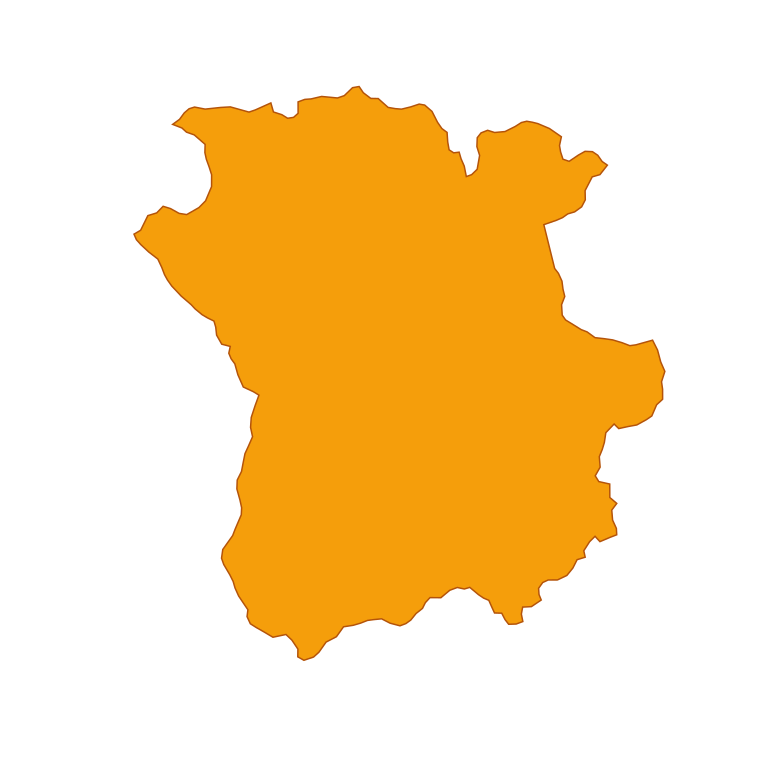 outline of São João da Boa Vista, São Paulo, Brazil, rotated 192°
{"feature_id": "56859067B11847187620015", "entity_name": "São João da Boa Vista", "entity_type": "district", "adm_level": 2, "iso_a3": "BRA", "parent_name": "Brazil", "parent_adm1": "São Paulo", "projection": "natural_earth1", "projection_center": [-46.804, -21.966], "detail": "fine", "context": "isolated", "style": "filled", "palette": "amber", "viewbox_px": 768, "rotation_deg": 192, "n_neighbors": 0, "source": "geoboundaries", "source_scale": "gbopen_adm2", "svg_char_len": 3229}
<svg xmlns="http://www.w3.org/2000/svg" viewBox="0 0 768 768"><g transform="rotate(192 384 384)"><path d="M659.7,478.6L656.2,473.7L650.9,469.8L641.4,464.1L631.2,459.2L625.6,451.8L621.4,445.3L617.5,440.8L612.0,435.7L600.6,427.8L589.1,421.5L584.4,418.2L576.4,414.0L570.5,412.0L563.4,410.2L560.4,404.6L557.9,397.0L551.0,389.2L542.2,388.8L542.2,381.8L538.8,376.9L534.1,372.7L528.8,362.6L521.0,351.8L510.2,349.3L504.0,347.1L505.5,336.6L506.9,323.7L505.5,313.8L501.6,305.1L503.7,295.0L505.5,287.0L505.4,278.1L505.2,268.8L507.6,259.5L506.1,250.8L500.7,240.4L497.5,233.3L496.4,226.4L499.4,211.2L500.5,204.3L507.3,188.6L506.7,179.8L503.2,174.1L495.2,165.4L490.5,159.5L487.3,153.5L482.1,146.4L475.3,139.8L470.2,134.9L469.6,128.0L464.9,121.7L458.2,119.2L449.4,116.4L440.0,113.2L427.8,118.6L420.8,114.3L413.1,106.8L411.6,99.2L404.9,97.1L396.1,102.3L391.9,108.1L387.0,119.5L378.0,126.9L373.1,138.1L363.9,141.6L357.2,145.2L351.0,149.3L345.1,151.4L337.5,153.8L328.3,151.3L318.1,150.8L312.8,154.2L308.7,158.7L304.9,166.2L299.7,172.5L298.1,178.7L294.6,184.6L283.9,186.8L276.8,195.9L270.0,200.2L262.8,200.2L257.8,202.9L247.8,197.6L242.1,195.3L236.5,194.2L232.6,188.8L228.3,183.0L221.2,184.3L216.6,178.7L212.1,174.9L204.8,176.7L198.8,180.5L201.8,187.5L202.0,194.6L193.5,196.9L185.3,205.4L188.6,210.3L190.3,216.3L187.5,222.8L182.7,226.4L173.6,228.4L165.3,234.8L161.0,243.2L158.6,252.3L151.2,256.4L153.9,262.4L150.1,272.5L145.9,278.9L140.0,274.7L131.0,281.0L125.0,284.9L126.7,291.1L132.1,298.4L135.0,308.0L131.5,315.6L139.5,319.9L142.4,333.1L153.6,333.2L158.3,338.1L155.3,347.6L158.3,357.7L156.9,365.4L156.3,372.7L156.9,382.5L150.6,392.7L145.1,389.2L136.5,393.1L128.2,396.5L120.0,403.6L115.4,408.4L113.0,420.4L108.3,427.0L110.4,436.8L113.0,443.9L111.9,454.7L117.9,463.1L123.5,474.1L130.4,482.7L145.7,474.7L151.5,472.6L159.8,473.9L169.5,474.7L178.3,474.1L187.2,473.2L196.2,477.2L202.4,478.2L219.7,484.4L224.0,488.4L226.8,498.5L225.4,507.2L228.6,513.9L231.3,521.6L236.4,528.5L241.1,532.5L260.8,573.1L249.2,580.1L243.9,583.9L239.6,588.6L233.3,592.0L227.5,598.4L225.4,606.0L227.5,615.0L223.4,629.9L216.3,633.7L211.0,644.5L216.9,647.0L222.5,652.2L228.4,654.6L235.7,653.4L241.5,648.3L249.2,640.3L255.7,641.1L259.5,647.7L261.9,653.7L261.9,662.7L275.3,668.3L287.7,670.7L293.3,670.9L299.0,670.7L304.0,668.3L309.3,663.1L318.1,656.1L328.1,653.0L335.4,653.7L341.3,649.8L344.0,644.3L342.5,635.5L338.0,627.5L337.5,613.4L341.8,607.0L346.6,604.0L350.8,613.8L355.5,620.4L358.7,626.4L363.9,624.6L369.0,626.6L372.0,634.0L374.6,643.2L380.5,645.9L386.1,651.2L393.7,660.6L402.2,665.3L407.8,665.1L415.5,660.6L424.0,656.5L430.2,655.7L437.5,655.4L449.0,662.0L456.3,660.6L464.8,664.6L470.2,669.8L476.4,667.3L482.8,657.8L489.0,654.1L496.1,653.3L504.8,652.3L514.6,647.7L520.7,645.9L526.7,642.1L524.3,630.9L527.9,626.0L533.5,623.9L539.9,626.2L548.7,627.1L553.1,635.4L566.9,625.3L572.6,621.9L591.9,623.1L601.1,620.6L616.1,615.7L626.9,615.5L631.9,612.7L635.7,607.7L639.0,600.4L644.7,594.0L634.9,592.4L629.6,589.3L621.4,588.2L608.8,581.2L607.3,573.1L604.5,566.9L600.2,560.0L596.1,552.8L593.7,541.2L596.6,526.1L601.7,518.1L612.2,508.7L619.9,508.3L629.3,511.2L637.0,511.9L641.9,504.1L650.0,499.6L654.0,483.8L659.7,478.6Z" fill="#f59e0b" stroke="#b45309" stroke-width="1.5"/></g></svg>